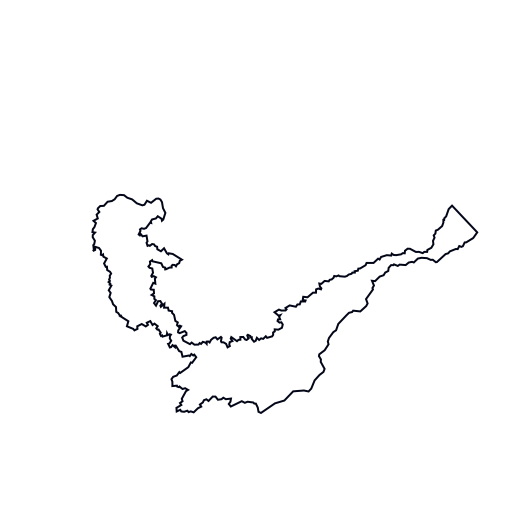 Montelíbano, Córdoba, Colombia, rotated 222°
{"feature_id": "7082276B48843599795866", "entity_name": "Montelíbano", "entity_type": "district", "adm_level": 2, "iso_a3": "COL", "parent_name": "Colombia", "parent_adm1": "Córdoba", "projection": "orthographic", "projection_center": [-75.7, 7.765], "detail": "fine", "context": "isolated", "style": "outline", "palette": "ink", "viewbox_px": 512, "rotation_deg": 222, "n_neighbors": 0, "source": "geoboundaries", "source_scale": "gbopen_adm2", "svg_char_len": 6154}
<svg xmlns="http://www.w3.org/2000/svg" viewBox="0 0 512 512"><g transform="rotate(222 256 256)"><path d="M402.6,191.5L405.2,188.9L405.4,185.6L404.9,184.6L401.9,183.9L402.1,180.1L398.7,178.0L400.3,173.4L397.0,173.4L395.4,169.4L395.2,166.8L393.5,164.3L391.3,165.7L391.3,162.3L389.9,160.7L385.9,159.5L384.2,156.6L384.2,155.2L380.6,152.1L380.5,150.6L379.6,152.8L381.5,155.3L378.0,156.9L374.7,156.2L372.1,153.1L370.9,153.6L370.7,154.8L368.9,153.4L365.2,154.3L363.9,148.8L360.4,147.4L359.6,148.3L357.2,146.0L353.9,146.6L351.9,146.0L351.5,143.5L350.0,142.1L349.4,140.2L347.9,139.7L348.1,138.0L345.9,138.0L345.6,136.8L343.7,137.3L342.5,132.0L339.3,131.3L337.5,127.3L333.0,126.2L329.9,124.5L325.9,124.4L322.5,121.0L320.2,121.4L316.8,120.5L316.5,121.3L315.8,121.1L316.1,120.6L307.2,122.1L304.9,117.4L298.4,119.7L296.6,119.4L295.3,122.5L297.2,124.3L295.4,129.0L290.8,129.9L290.2,132.5L292.5,133.3L291.0,136.9L286.7,135.5L286.2,137.8L282.1,138.1L281.7,135.5L280.0,135.3L279.2,136.2L275.5,135.2L275.4,133.9L273.1,133.0L272.6,134.2L271.5,133.6L269.1,137.4L270.3,139.0L268.6,138.3L267.8,140.1L266.6,140.6L266.3,138.8L264.8,137.0L262.3,136.3L261.8,133.0L262.5,131.9L258.8,130.4L258.1,131.5L258.4,133.9L255.5,134.0L256.5,134.9L255.7,135.7L249.4,133.9L247.3,134.8L243.2,132.0L239.3,137.1L238.2,137.3L238.5,139.9L236.1,140.1L235.9,141.4L232.7,140.8L232.0,133.9L233.2,133.3L231.9,128.1L234.1,118.3L235.3,118.4L234.9,114.2L236.7,110.8L236.4,107.9L234.0,106.6L231.1,103.4L228.0,106.7L227.2,106.2L225.5,107.0L225.5,107.8L221.6,108.0L220.2,110.3L216.9,111.0L217.6,108.8L215.6,100.2L213.4,98.9L214.1,95.9L211.8,95.3L213.5,89.9L210.9,87.4L209.4,91.0L207.5,90.5L205.2,92.1L203.5,95.1L201.6,94.9L200.5,96.9L197.7,98.1L197.3,104.0L195.9,107.4L198.3,108.1L197.5,111.6L198.2,114.0L197.0,116.3L194.3,116.5L194.1,122.6L192.0,124.4L188.1,123.7L185.8,126.5L185.5,128.8L182.6,129.4L179.2,133.3L177.5,130.6L177.2,127.8L174.0,127.3L169.4,138.6L166.1,139.4L164.7,142.1L160.0,145.3L158.5,145.2L157.3,146.2L153.2,144.5L149.9,141.9L147.3,142.7L143.3,159.2L138.2,167.6L137.8,180.3L130.4,188.1L126.3,190.5L126.2,194.4L129.2,202.8L129.2,210.1L128.3,215.0L129.5,218.0L137.0,220.6L138.6,222.6L142.2,223.7L143.2,225.3L141.9,231.9L143.0,238.9L145.4,240.5L146.9,243.9L147.6,251.1L146.8,254.4L149.4,260.6L149.1,272.3L148.9,276.0L147.1,278.6L147.2,280.4L141.4,284.6L140.6,292.5L141.3,295.4L145.4,297.6L146.7,309.4L148.0,310.1L148.6,313.0L153.2,315.2L150.7,317.0L150.3,323.5L148.3,327.1L148.9,330.2L147.7,333.3L149.5,336.0L149.5,339.6L147.8,341.1L147.9,342.1L144.0,343.5L143.5,345.7L138.7,349.4L138.1,353.4L136.1,356.1L134.4,356.8L134.0,362.4L131.8,365.4L127.5,368.8L123.6,370.0L122.1,371.5L118.2,371.7L117.5,372.6L116.4,384.3L115.0,386.5L115.0,389.2L112.2,394.9L110.7,396.1L111.6,399.4L109.5,400.2L108.8,401.7L110.0,405.7L108.9,406.8L106.6,414.7L107.4,421.6L144.0,424.6L144.2,419.8L141.2,412.7L141.3,410.0L140.3,408.7L140.9,408.2L139.1,406.2L137.7,402.8L138.4,397.2L139.4,395.2L137.7,392.7L137.7,390.2L135.6,389.1L134.6,385.7L132.0,383.4L131.2,379.4L132.7,375.2L131.6,373.6L133.7,371.7L134.0,369.7L137.7,368.1L139.9,366.0L146.4,364.4L148.2,362.9L148.8,359.6L147.3,357.5L148.8,356.4L149.3,354.3L152.5,350.3L154.4,348.9L156.7,348.6L155.8,346.8L159.3,344.2L162.4,339.0L161.8,336.1L163.5,335.7L164.0,329.5L169.2,324.8L168.4,322.5L170.3,316.4L171.5,315.1L170.5,313.2L172.5,310.7L171.5,309.8L173.3,308.1L173.1,306.7L174.7,304.2L175.0,302.1L176.1,300.1L180.5,296.8L181.6,296.8L182.7,294.6L184.5,293.5L183.8,291.7L184.1,289.2L185.3,287.6L185.0,285.8L188.3,283.4L188.8,279.0L190.5,277.9L187.9,276.0L185.8,275.7L185.4,274.7L188.0,273.4L189.0,271.4L186.9,268.9L189.1,266.9L190.1,259.8L193.6,257.3L191.8,254.5L189.4,256.1L189.0,255.1L192.3,252.2L191.1,249.3L192.8,247.7L192.4,245.0L197.9,241.8L199.3,237.1L197.6,236.8L197.6,235.3L200.7,232.4L203.1,231.5L204.6,226.6L199.2,226.8L198.4,228.3L198.1,226.3L195.7,225.1L197.2,223.6L196.5,222.1L194.0,222.2L192.8,223.7L190.3,223.0L188.7,220.0L190.1,216.2L193.0,214.0L191.6,212.5L192.1,210.6L190.5,208.9L190.2,207.1L193.0,202.6L195.0,202.9L195.2,199.2L197.1,198.2L197.5,195.7L200.6,195.8L199.5,192.8L200.1,191.0L203.5,191.5L204.8,192.8L205.8,191.7L206.7,192.7L209.3,192.0L209.4,191.2L206.4,189.5L206.8,187.3L208.2,186.7L211.3,187.3L213.4,185.3L211.6,183.3L212.9,182.0L213.1,180.0L220.1,179.2L219.5,177.7L216.6,177.0L217.9,174.4L216.5,172.2L215.2,171.6L216.0,169.1L219.4,170.7L222.4,170.1L223.9,168.8L225.1,169.3L226.9,172.3L227.9,172.4L228.9,168.2L231.6,168.6L232.8,166.8L233.3,163.6L232.6,160.7L234.1,160.6L235.3,159.5L233.9,157.7L235.5,157.9L238.1,156.6L238.0,153.9L239.6,153.6L239.5,151.7L242.4,148.9L245.9,148.6L246.1,146.3L253.3,144.5L256.3,146.0L256.3,148.0L254.9,150.8L256.2,152.3L258.7,152.5L261.1,147.6L262.8,147.1L264.0,148.7L264.6,153.5L266.0,153.3L266.2,152.7L265.4,153.2L265.7,151.7L268.5,151.8L269.7,154.3L272.5,153.8L277.5,157.4L280.4,157.6L281.4,158.8L284.4,157.0L286.9,158.7L289.7,156.1L292.1,159.2L292.7,154.6L293.8,155.1L293.9,157.6L296.9,158.5L298.5,156.9L297.1,152.2L300.3,152.8L300.8,156.2L302.9,156.1L304.5,158.0L307.5,157.2L306.8,160.0L309.4,162.5L311.6,160.8L312.6,161.0L314.4,167.3L312.3,168.1L316.0,171.5L316.1,173.2L318.5,172.6L319.5,170.8L320.5,171.1L321.3,174.6L324.7,177.3L327.2,176.0L328.9,176.2L329.1,179.1L331.1,180.9L330.4,183.4L329.4,182.8L321.5,187.2L317.8,185.6L315.7,186.6L314.5,185.3L314.0,185.9L312.5,189.6L311.0,191.0L312.2,192.4L312.0,193.7L310.4,194.9L308.6,194.8L309.1,197.0L308.3,199.3L309.4,201.4L308.6,203.7L319.2,201.8L322.6,199.7L322.2,198.6L324.0,198.4L329.5,200.2L329.8,195.9L333.8,195.0L335.7,196.7L337.6,195.9L339.5,196.4L341.2,195.4L341.7,192.5L342.8,192.3L343.4,191.0L346.2,192.6L346.4,194.2L351.0,197.9L353.5,194.7L356.4,195.2L356.1,193.6L357.6,193.5L358.7,197.4L360.0,198.1L359.6,200.0L357.4,201.3L356.4,203.2L357.0,209.9L356.0,210.4L357.3,211.3L357.7,213.6L355.5,216.9L355.6,219.8L351.1,220.5L349.5,219.3L349.3,221.0L352.2,227.4L357.1,229.3L361.9,233.1L364.8,234.0L367.0,233.4L368.5,231.7L369.6,225.3L374.0,224.1L373.2,219.4L374.4,217.6L379.8,215.4L385.9,215.2L390.6,213.2L394.8,212.9L398.0,210.4L399.4,207.7L399.0,203.5L399.9,200.4L402.6,197.0L402.6,191.5Z" fill="none" stroke="#020617" stroke-width="2"/></g></svg>